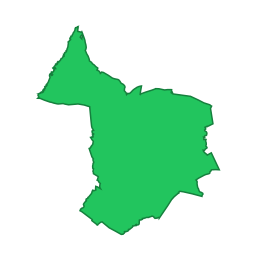 Cuautla, Morelos, Mexico (Natural Earth projection), rotated 175°
{"feature_id": "50627088B30536777812512", "entity_name": "Cuautla", "entity_type": "district", "adm_level": 2, "iso_a3": "MEX", "parent_name": "Mexico", "parent_adm1": "Morelos", "projection": "natural_earth1", "projection_center": [-98.942, 18.823], "detail": "fine", "context": "isolated", "style": "filled", "palette": "green", "viewbox_px": 256, "rotation_deg": 175, "n_neighbors": 0, "source": "geoboundaries", "source_scale": "gbopen_adm2", "svg_char_len": 5848}
<svg xmlns="http://www.w3.org/2000/svg" viewBox="0 0 256 256"><g transform="rotate(175 128 128)"><path d="M144.0,22.6L142.2,22.6L141.7,23.1L141.1,23.4L140.2,24.4L140.5,25.1L140.2,25.2L139.0,24.9L137.0,25.4L136.5,26.1L136.4,26.9L135.8,27.0L135.3,26.7L134.8,27.2L132.5,28.7L132.0,29.2L131.8,30.0L130.8,29.9L129.6,30.2L128.5,30.0L128.0,30.3L128.5,31.1L128.1,31.3L127.7,30.8L126.7,30.6L125.9,30.8L125.4,31.3L125.2,31.8L124.7,35.3L123.9,35.5L123.3,35.2L121.6,35.8L121.6,36.6L120.0,36.6L119.8,36.8L118.9,36.8L117.5,37.3L115.0,37.1L114.3,37.6L113.2,37.6L111.9,38.1L110.9,37.9L110.2,37.1L109.7,36.8L109.6,36.3L108.9,35.6L107.4,35.8L106.5,35.3L106.7,35.5L106.6,35.8L105.5,36.3L104.8,35.7L104.8,35.4L95.1,47.3L90.9,52.8L88.0,55.5L84.5,58.0L83.8,58.7L83.5,58.5L82.9,58.8L82.6,60.2L81.8,60.4L78.4,59.6L69.9,56.9L60.3,53.4L60.1,54.4L59.1,55.6L59.2,56.4L60.4,57.4L61.9,58.0L62.7,59.3L63.1,61.3L63.7,62.5L63.8,63.1L64.1,66.4L63.8,68.4L64.3,69.7L64.8,70.3L62.2,71.8L56.1,74.4L54.5,74.9L51.4,75.4L50.8,75.7L50.4,76.0L50.1,77.4L49.2,77.9L48.5,79.1L44.1,78.9L40.7,78.4L47.2,96.0L51.4,94.1L51.8,94.8L53.4,96.3L54.8,98.1L54.6,98.7L55.0,99.4L54.9,99.4L54.1,99.0L53.8,99.1L53.4,99.4L52.7,100.4L51.5,100.9L51.0,101.4L51.2,102.2L52.0,103.0L51.9,103.8L51.5,104.5L51.4,106.2L51.8,108.4L51.3,109.7L53.5,109.9L53.3,111.1L53.5,112.3L52.4,111.9L52.5,112.4L52.3,113.3L51.8,113.8L51.0,113.7L50.4,114.0L49.9,115.5L50.0,116.8L50.5,117.6L51.2,118.0L51.8,118.8L51.8,119.3L51.5,119.7L50.7,120.2L50.8,121.0L51.3,121.8L51.0,122.3L49.2,122.4L49.2,122.8L47.8,122.9L43.0,124.8L44.1,140.3L42.8,142.5L43.4,142.9L44.5,144.0L50.2,146.4L55.4,149.7L63.0,154.1L80.2,158.0L80.7,159.5L81.0,159.1L81.5,159.0L81.9,159.4L81.9,159.9L81.5,160.4L81.2,162.4L85.3,162.8L88.2,162.7L93.8,164.4L97.1,164.8L97.7,164.5L100.6,163.7L107.3,162.2L112.1,160.9L112.7,160.7L113.0,160.1L113.3,159.7L113.0,160.2L112.3,163.5L110.9,168.7L111.3,168.7L113.4,168.4L115.4,167.8L118.7,166.0L120.3,164.9L121.1,164.0L122.8,162.7L124.1,162.1L125.1,162.6L126.5,161.4L126.8,163.3L128.4,165.4L128.0,167.8L127.4,169.0L127.6,170.1L128.7,171.7L131.0,173.3L132.0,175.3L132.9,176.6L133.8,177.2L136.8,178.1L139.1,179.0L143.0,182.2L147.7,185.5L149.4,186.0L149.9,185.4L150.8,184.8L151.0,185.7L151.8,187.1L152.6,187.6L153.0,188.0L153.9,188.4L153.8,188.7L153.1,189.5L152.9,190.4L154.7,191.9L156.1,193.7L157.7,195.0L158.7,196.7L160.5,198.1L160.7,200.1L161.5,203.1L162.6,205.3L163.8,209.1L163.0,210.4L162.6,212.0L162.7,214.3L163.2,217.2L163.3,219.1L163.6,220.5L164.7,224.7L164.8,224.2L165.5,223.2L165.7,222.3L166.4,221.3L166.4,221.0L167.7,222.6L166.7,224.2L165.9,224.6L165.3,225.3L164.9,225.5L165.6,227.8L165.9,227.4L167.6,228.0L169.5,228.5L169.7,228.8L169.5,229.4L169.5,229.9L169.2,231.8L168.9,232.1L169.3,232.7L168.9,233.4L169.5,233.3L170.2,232.6L171.5,232.5L172.1,231.4L172.2,230.5L173.0,228.9L174.2,227.6L174.5,226.7L175.3,225.8L175.6,224.9L176.0,224.4L176.7,224.5L177.2,223.6L177.1,223.3L178.1,222.5L178.1,222.2L177.5,221.6L177.4,221.1L177.7,220.7L178.2,220.7L178.6,220.5L179.2,219.3L180.1,219.0L180.1,216.9L180.5,215.9L180.6,214.8L181.1,213.4L181.7,212.4L182.0,211.1L182.9,210.5L183.0,210.2L182.7,209.5L183.2,209.1L184.2,208.8L184.6,208.4L184.6,207.6L184.9,207.2L185.7,207.1L185.3,205.5L185.4,205.0L185.7,204.9L186.3,205.4L186.9,204.0L188.0,202.9L188.5,203.0L189.1,202.2L189.4,201.3L190.9,200.3L191.1,199.9L192.0,200.3L192.4,199.9L192.1,199.3L192.5,198.6L192.7,198.9L193.0,198.9L193.2,198.3L193.4,197.4L193.7,197.4L193.9,198.0L194.3,198.1L194.7,197.8L194.7,196.9L196.2,195.7L196.4,195.3L196.2,195.0L195.1,194.2L195.0,193.8L195.7,194.1L195.9,193.2L197.4,194.5L197.7,194.3L196.3,192.4L196.4,192.0L196.9,191.8L197.1,191.0L198.5,189.8L198.8,189.9L199.0,190.5L199.4,190.5L199.6,190.3L199.6,189.7L199.3,188.9L198.9,188.1L198.5,188.0L198.4,187.7L198.9,187.1L199.4,186.9L199.9,187.3L199.9,188.7L200.2,188.9L200.5,188.9L201.1,188.5L201.6,187.5L201.6,186.4L201.3,185.7L201.3,185.1L203.6,180.4L204.0,179.9L204.9,179.0L204.8,178.1L205.1,177.6L205.7,178.0L205.8,177.7L205.8,176.8L206.7,176.8L207.2,176.5L207.4,176.2L206.8,175.1L207.0,174.8L207.3,174.6L207.9,174.6L208.1,174.3L207.8,173.3L208.2,173.2L208.6,174.0L208.9,173.8L209.6,172.8L209.5,172.6L209.1,172.6L208.9,172.3L209.1,171.4L209.7,171.2L210.5,171.5L210.7,171.2L210.7,170.7L211.1,170.7L211.5,171.2L212.5,170.5L212.5,170.2L213.3,170.2L213.9,169.9L214.3,169.8L214.1,169.7L214.8,168.2L214.1,166.7L214.2,166.4L215.3,165.5L213.0,165.2L208.8,163.0L203.2,160.5L202.6,160.5L199.8,159.3L196.4,158.2L195.2,158.0L190.5,158.0L188.7,157.3L185.2,156.3L175.7,156.3L169.6,154.7L165.7,153.1L164.3,152.6L164.2,137.7L164.1,132.9L163.8,131.3L162.5,128.6L163.2,128.6L163.9,128.2L164.1,128.1L164.1,127.1L163.9,125.8L163.0,125.3L163.6,124.8L163.0,124.6L162.9,124.4L163.5,123.9L164.2,122.9L164.0,122.5L163.6,122.4L163.7,122.0L164.3,121.9L165.4,122.0L166.1,121.9L164.5,118.8L163.9,118.1L163.7,117.5L164.1,116.7L164.2,115.7L164.5,115.3L164.5,114.8L166.3,113.0L166.2,112.6L167.0,112.1L167.3,111.3L168.5,111.0L166.5,102.6L166.1,101.7L165.2,100.3L165.6,99.8L165.6,98.4L165.1,97.2L165.2,96.4L165.8,96.0L166.1,94.5L166.6,93.1L166.5,92.1L166.7,91.3L166.5,90.8L165.9,90.5L166.7,87.8L166.3,86.6L166.4,85.5L161.9,82.2L162.2,81.1L162.9,79.4L163.3,78.8L162.8,78.6L162.7,78.7L161.4,76.1L160.4,75.2L160.9,74.1L161.3,72.0L161.2,71.1L160.7,70.0L163.8,72.1L165.2,72.7L165.5,71.0L165.6,70.1L165.4,69.5L165.4,69.1L167.6,68.4L168.1,68.7L168.4,69.2L168.6,69.1L169.4,67.6L169.6,66.8L170.2,65.8L173.1,62.8L174.0,62.3L174.1,61.5L175.8,60.9L176.2,59.7L175.8,59.3L175.8,59.1L177.8,57.6L178.2,56.9L179.0,56.0L179.0,55.4L178.5,53.9L178.9,53.1L180.4,52.1L181.2,52.1L181.5,51.7L182.3,51.3L182.4,50.8L183.0,50.1L183.0,49.7L181.7,49.0L171.6,39.9L172.1,38.9L167.7,34.8L167.2,34.0L166.7,34.0L166.2,34.7L163.5,36.5L161.7,36.7L161.2,36.9L161.7,36.6L161.3,36.0L155.4,30.2L150.2,26.8L144.0,22.6Z" fill="#22c55e" stroke="#15803d" stroke-width="1.5"/></g></svg>